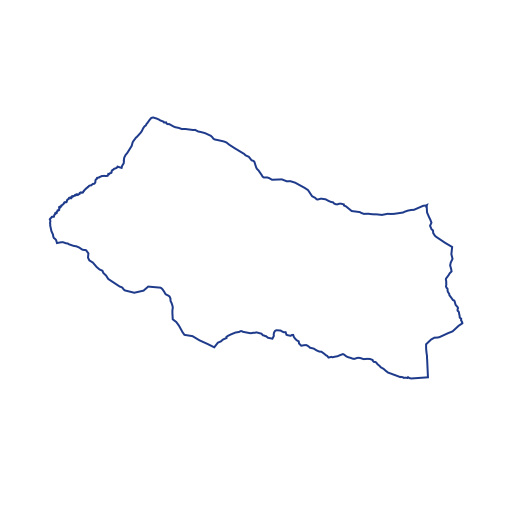 Sadova, Suceava, Romania (Natural Earth projection), rotated 346°
{"feature_id": "2599482B46935442887151", "entity_name": "Sadova", "entity_type": "district", "adm_level": 2, "iso_a3": "ROU", "parent_name": "Romania", "parent_adm1": "Suceava", "projection": "natural_earth1", "projection_center": [25.431, 47.58], "detail": "fine", "context": "isolated", "style": "outline", "palette": "blue", "viewbox_px": 512, "rotation_deg": 346, "n_neighbors": 0, "source": "geoboundaries", "source_scale": "gbopen_adm2", "svg_char_len": 6056}
<svg xmlns="http://www.w3.org/2000/svg" viewBox="0 0 512 512"><g transform="rotate(346 256 256)"><path d="M434.2,247.9L432.7,248.2L432.2,248.0L431.2,247.8L430.0,247.8L420.4,249.4L417.8,248.9L414.4,248.7L410.9,249.0L409.3,249.4L400.1,248.5L397.2,247.9L393.9,246.9L388.1,246.6L383.2,244.8L380.8,244.2L377.5,243.1L375.3,242.2L370.8,241.2L368.6,239.7L367.3,238.5L359.7,235.5L355.3,229.6L353.6,228.3L353.7,227.2L350.9,225.7L349.3,225.4L347.4,225.6L345.8,225.0L344.4,223.9L343.8,222.6L341.7,221.6L339.6,220.0L337.2,217.8L333.0,216.1L329.4,216.1L328.5,215.6L327.5,213.9L324.9,211.6L322.4,204.6L319.6,201.6L311.7,194.3L307.4,191.7L304.0,191.0L299.6,187.9L290.0,185.9L287.6,183.6L285.9,182.5L282.5,181.7L281.5,180.4L281.2,179.1L279.2,173.7L278.0,171.7L277.6,170.1L277.2,164.1L276.5,163.1L274.9,162.1L273.0,158.0L270.1,155.7L269.3,154.2L261.9,146.8L257.0,141.6L254.8,138.7L252.7,137.2L250.4,136.0L243.9,132.8L243.0,131.8L242.3,130.1L241.2,128.4L236.2,124.4L232.6,122.4L230.0,121.2L227.4,118.9L225.6,118.6L218.0,115.6L214.8,114.9L212.0,113.0L208.8,111.5L207.1,110.2L203.7,107.0L202.2,106.7L201.3,105.9L201.1,104.6L200.1,104.5L198.9,104.1L198.8,103.3L195.9,101.3L194.9,100.2L193.0,98.7L189.7,96.7L187.8,96.7L185.4,98.4L182.9,100.6L181.8,101.3L181.2,102.1L180.6,102.7L179.2,103.2L177.4,104.8L175.4,107.2L173.6,108.7L169.1,111.7L168.3,112.0L164.5,115.1L163.8,115.9L162.0,119.1L155.9,125.0L153.9,126.4L152.1,128.5L151.6,129.4L151.2,130.6L150.8,131.2L150.9,132.0L150.5,132.7L150.1,134.0L147.9,136.1L146.9,138.0L143.3,135.8L142.8,136.5L142.0,136.6L141.7,136.9L139.3,137.1L138.5,137.7L137.5,137.8L137.3,138.2L136.6,138.6L136.3,139.0L136.0,140.1L135.4,140.4L134.1,140.4L133.2,141.1L132.9,140.9L132.9,140.7L132.6,140.6L132.1,141.6L131.7,141.9L131.4,142.3L129.2,142.0L128.7,141.7L127.9,141.5L125.3,141.1L124.7,141.4L123.2,141.5L122.7,141.9L122.1,141.8L121.4,141.9L120.8,141.7L120.6,141.8L120.3,142.6L119.2,143.0L118.6,143.6L117.9,145.7L116.9,146.6L116.3,146.8L115.1,146.6L113.1,147.6L112.2,147.4L110.9,147.6L110.1,148.3L109.5,148.3L108.9,148.9L107.9,149.1L106.8,149.9L106.2,150.1L105.5,150.7L104.8,151.0L104.6,151.5L104.0,151.7L103.5,152.5L103.0,152.6L102.5,152.3L101.9,152.4L101.5,151.9L101.2,151.9L100.2,152.2L99.9,153.1L99.0,153.2L98.3,153.6L98.1,153.5L97.8,153.0L97.0,152.7L96.7,152.8L96.7,153.4L96.1,153.2L95.6,152.9L95.2,153.0L95.1,153.6L94.6,153.5L93.7,153.8L92.9,153.5L92.6,153.6L92.0,153.5L91.9,153.7L92.0,154.2L90.8,154.2L90.7,154.7L90.8,155.1L90.5,155.3L90.3,155.2L89.9,154.4L88.8,154.3L88.4,154.7L88.2,155.2L87.9,155.5L87.0,155.5L86.2,156.1L86.0,156.3L85.9,156.9L85.5,157.2L85.3,157.8L85.0,157.9L84.6,158.0L83.7,157.5L83.1,157.6L82.7,157.9L82.6,158.3L82.1,158.5L81.8,159.0L80.7,159.5L79.3,159.9L79.2,160.5L78.5,160.6L78.3,160.7L78.2,161.2L77.9,161.2L77.2,160.7L76.9,160.8L76.7,161.2L76.9,161.9L76.9,162.4L76.2,162.9L76.1,163.8L75.6,164.0L75.2,164.0L74.7,163.7L74.4,163.8L74.2,164.5L73.2,165.1L73.2,165.8L73.0,166.1L71.8,165.8L71.5,165.9L71.6,166.6L70.2,167.4L69.4,169.0L69.1,169.0L68.3,168.7L67.3,168.6L66.9,169.2L65.4,169.9L64.8,170.5L65.0,171.2L64.9,172.5L64.1,174.2L64.1,175.3L63.7,176.4L63.5,182.4L64.2,186.1L64.0,188.0L64.2,189.6L65.1,190.7L65.9,192.2L66.0,195.3L70.0,195.5L72.0,195.9L74.9,197.8L76.3,198.3L76.7,198.6L77.2,199.3L81.4,202.0L84.1,203.2L86.6,205.1L88.7,207.5L89.7,208.2L92.3,209.1L92.7,209.7L94.0,212.9L92.6,216.9L93.2,219.9L96.1,222.9L98.7,228.1L100.9,231.2L103.4,233.1L103.8,235.6L105.8,238.7L107.1,242.6L116.4,252.7L117.6,253.4L118.7,254.4L119.6,256.6L120.5,257.7L129.0,262.2L138.5,262.4L144.0,259.6L155.6,263.6L156.6,264.6L157.5,266.3L157.7,267.0L158.2,268.3L158.9,270.8L159.2,271.4L161.0,272.9L162.3,274.3L162.7,276.6L162.2,278.9L162.7,281.2L162.9,283.9L162.8,285.9L161.8,288.3L161.1,291.0L159.9,297.3L162.7,300.8L164.4,305.0L166.3,312.2L167.5,315.2L175.0,318.4L180.7,324.1L187.9,329.8L193.4,334.5L198.0,330.9L201.5,330.3L203.2,329.3L204.6,328.9L207.5,328.5L207.7,327.4L209.4,326.7L212.7,326.0L217.6,325.3L221.2,325.6L222.8,325.2L223.8,325.4L225.2,326.5L231.7,329.5L233.3,329.8L234.7,329.8L236.1,330.2L237.9,330.2L238.3,330.4L242.5,332.7L243.5,334.6L244.9,335.3L245.2,335.7L245.7,336.1L246.2,336.1L246.4,336.3L247.8,338.2L251.9,340.2L254.0,337.8L254.2,336.3L255.0,334.7L256.1,333.5L257.0,333.1L258.0,333.0L261.9,334.3L262.3,334.8L264.3,336.6L266.3,337.1L266.5,339.8L267.7,340.6L270.3,341.8L271.8,341.3L273.0,341.6L273.1,343.5L273.9,345.6L275.1,347.6L276.8,349.2L276.6,351.3L278.2,354.0L281.3,354.2L283.2,354.6L284.5,355.7L286.0,357.6L286.1,358.0L289.6,359.8L292.0,362.3L294.4,364.1L296.3,364.7L298.5,367.3L299.9,369.3L300.9,370.1L301.8,372.1L304.7,372.1L305.8,372.8L308.2,372.8L310.9,373.0L313.0,372.6L316.6,372.2L317.7,373.1L319.4,375.3L320.8,376.4L323.6,378.0L324.8,378.9L326.4,379.6L329.5,379.4L331.0,379.6L332.8,380.4L335.3,382.0L337.1,382.4L339.1,382.7L341.7,383.5L344.0,385.1L344.1,386.2L344.8,387.3L345.9,387.6L346.4,387.9L347.1,388.9L347.6,390.2L349.4,392.7L350.1,394.1L352.5,396.4L354.4,399.2L354.7,399.4L355.6,400.8L366.7,408.4L367.2,408.3L368.6,408.9L369.4,409.4L369.7,409.9L371.8,410.3L373.5,411.0L374.2,410.4L375.2,411.5L377.0,412.4L393.5,415.3L397.1,397.4L397.2,396.4L397.7,394.6L398.1,390.7L398.7,386.8L399.7,382.8L405.7,379.4L409.4,378.4L412.0,379.0L414.4,379.1L423.9,377.3L428.5,376.7L435.8,372.7L439.8,371.3L439.8,370.4L440.0,370.4L439.9,369.4L439.4,368.0L439.8,366.9L439.9,366.4L438.9,365.3L438.8,364.8L439.1,363.3L439.1,361.3L439.3,359.8L439.0,358.6L438.5,358.1L438.4,357.4L438.8,356.3L439.4,355.5L439.4,355.1L439.1,354.0L437.9,351.8L437.8,350.1L437.8,348.6L437.7,347.6L437.4,347.0L436.5,346.5L434.9,342.5L434.2,341.0L434.3,339.8L434.1,338.9L433.5,337.2L433.5,336.0L433.9,334.3L433.7,333.6L433.2,333.0L433.0,331.4L433.9,329.4L433.9,328.4L434.3,327.5L434.5,326.0L434.5,324.9L434.9,323.9L438.0,321.4L439.8,319.6L442.0,318.3L442.2,315.9L442.1,312.1L443.3,309.6L446.0,306.3L446.0,301.5L448.5,294.7L442.6,288.9L435.3,280.8L434.5,279.6L433.5,276.7L433.9,274.0L432.8,272.6L432.2,268.8L434.3,266.1L433.9,262.8L433.3,260.1L432.5,255.0L433.6,249.4L433.3,249.3L434.2,247.9Z" fill="none" stroke="#1e3a8a" stroke-width="2"/></g></svg>